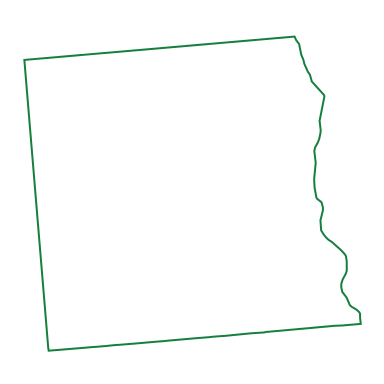 outline of Houston, Minnesota, United States of America, rotated 355°
{"feature_id": "52423323B5787243339085", "entity_name": "Houston", "entity_type": "district", "adm_level": 2, "iso_a3": "USA", "parent_name": "United States of America", "parent_adm1": "Minnesota", "projection": "albers", "projection_center": [-91.368, 43.674], "detail": "fine", "context": "isolated", "style": "outline", "palette": "green", "viewbox_px": 384, "rotation_deg": 355, "n_neighbors": 0, "source": "geoboundaries", "source_scale": "gbopen_adm2", "svg_char_len": 1210}
<svg xmlns="http://www.w3.org/2000/svg" viewBox="0 0 384 384"><g transform="rotate(355 192 192)"><path d="M323.9,148.4L325.0,144.9L325.6,141.8L325.3,132.2L332.2,108.5L332.1,107.1L326.6,99.8L321.0,92.4L319.7,85.5L317.9,82.3L315.1,74.2L314.5,70.1L312.8,64.8L311.6,54.0L309.0,49.8L307.7,46.1L36.5,45.8L35.2,334.5L35.4,337.6L53.4,337.7L71.6,337.8L79.2,337.8L83.5,337.9L87.5,337.9L90.6,337.9L93.2,338.0L93.9,338.0L94.0,337.9L99.3,337.8L102.2,337.8L104.3,337.8L104.6,337.8L105.6,337.9L108.3,337.9L120.4,338.0L144.9,338.0L150.9,338.1L155.4,338.0L181.5,338.0L197.4,338.1L199.7,338.0L209.1,338.1L211.6,338.2L238.8,337.9L251.3,338.2L254.5,337.8L255.9,337.9L321.7,337.7L330.9,338.1L348.6,338.1L348.5,331.7L348.8,328.0L348.2,326.4L345.6,323.5L341.1,320.3L339.3,318.3L336.9,310.8L333.0,304.6L332.4,300.1L332.6,297.2L333.0,295.8L334.5,292.2L338.3,286.5L339.3,283.9L340.1,274.8L339.8,269.6L339.3,268.2L338.2,266.5L335.4,262.9L327.0,254.0L323.7,251.4L321.7,249.1L319.5,245.9L317.3,241.4L317.5,231.3L320.7,222.1L321.1,219.1L320.3,214.1L319.5,212.9L316.0,209.6L315.4,208.0L314.5,198.2L314.8,189.8L317.8,173.7L317.4,161.8L318.5,158.3L321.7,153.6L323.3,150.3L323.9,148.4Z" fill="none" stroke="#15803d" stroke-width="2"/></g></svg>